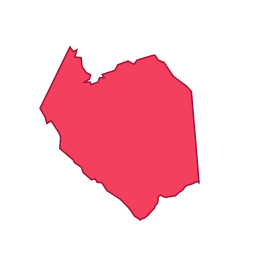 outline of Frederick, Maryland, United States of America, rotated 296°
{"feature_id": "52423323B20560007602633", "entity_name": "Frederick", "entity_type": "district", "adm_level": 2, "iso_a3": "USA", "parent_name": "United States of America", "parent_adm1": "Maryland", "projection": "mercator", "projection_center": [-77.438, 39.47], "detail": "fine", "context": "isolated", "style": "filled", "palette": "rose", "viewbox_px": 256, "rotation_deg": 296, "n_neighbors": 0, "source": "geoboundaries", "source_scale": "gbopen_adm2", "svg_char_len": 1255}
<svg xmlns="http://www.w3.org/2000/svg" viewBox="0 0 256 256"><g transform="rotate(296 128 128)"><path d="M175.4,40.3L169.2,40.3L168.2,40.3L109.7,40.3L107.1,40.3L101.4,48.9L96.5,53.1L100.7,55.8L93.3,68.3L89.9,71.7L79.7,75.6L75.3,92.7L73.3,95.3L72.3,103.4L68.3,107.2L65.4,117.8L67.8,120.7L65.7,124.1L67.3,128.6L62.5,136.4L60.7,151.9L56.5,163.9L51.6,172.7L50.8,179.4L51.1,179.3L52.4,180.2L53.8,181.9L57.9,184.0L60.8,184.9L61.9,185.1L67.4,186.9L70.1,186.5L72.0,187.2L73.6,187.4L74.9,187.1L77.5,186.0L79.8,185.6L80.7,185.7L80.9,185.8L81.6,186.4L82.0,187.1L81.8,189.7L82.3,192.7L84.4,195.1L84.9,196.2L86.3,197.8L86.8,198.4L87.0,199.4L87.8,200.1L89.4,201.0L92.7,202.1L93.1,202.3L93.4,202.8L96.5,204.4L99.7,204.9L102.3,206.1L102.9,206.7L103.9,208.2L106.5,210.7L109.5,212.9L110.1,213.6L110.2,214.0L110.1,215.1L109.9,215.7L111.0,215.2L156.8,188.0L157.3,187.7L163.0,184.2L188.4,169.1L188.6,168.9L191.3,162.1L194.3,146.1L202.7,131.6L202.3,125.2L205.2,120.5L204.3,118.6L192.9,106.3L187.9,105.5L188.2,98.7L180.5,91.3L174.0,90.9L164.7,81.3L162.7,84.5L160.6,80.4L156.2,81.0L150.9,75.9L152.7,73.8L149.9,68.7L155.2,71.9L159.4,71.1L159.5,66.1L163.1,59.7L170.7,55.1L168.5,49.1L175.8,47.8L172.8,45.3L175.4,40.3Z" fill="#f43f5e" stroke="#9f1239" stroke-width="1.5"/></g></svg>